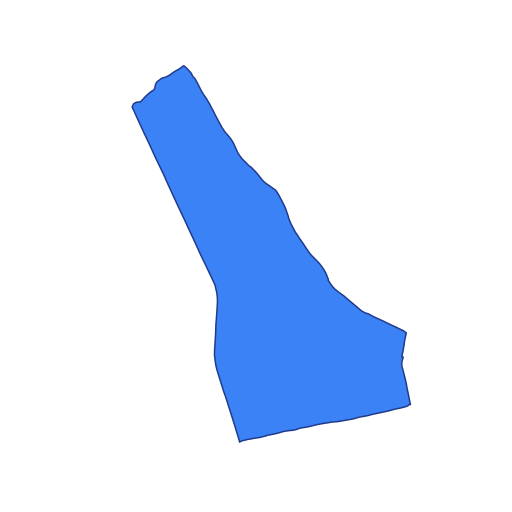 Huai Khwang, Bangkok Metropolis, Thailand (Equal Earth projection), rotated 333°
{"feature_id": "78962969B70795195201443", "entity_name": "Huai Khwang", "entity_type": "district", "adm_level": 2, "iso_a3": "THA", "parent_name": "Thailand", "parent_adm1": "Bangkok Metropolis", "projection": "equal_earth", "projection_center": [100.586, 13.772], "detail": "fine", "context": "isolated", "style": "filled", "palette": "blue", "viewbox_px": 512, "rotation_deg": 333, "n_neighbors": 0, "source": "geoboundaries", "source_scale": "gbopen_adm2", "svg_char_len": 5495}
<svg xmlns="http://www.w3.org/2000/svg" viewBox="0 0 512 512"><g transform="rotate(333 256 256)"><path d="M355.0,392.7L353.4,389.5L349.9,384.9L341.7,374.3L339.8,371.7L335.9,366.8L332.8,362.9L332.1,361.8L330.0,358.7L329.7,358.4L329.4,358.1L327.7,356.5L327.4,356.2L326.6,355.0L326.4,354.7L325.6,353.5L325.1,352.7L324.7,351.9L320.9,342.8L319.8,340.2L319.1,338.7L318.7,337.8L317.4,334.4L316.4,331.9L316.2,331.5L313.4,326.2L313.0,325.1L311.2,321.2L310.7,319.3L310.4,318.3L310.0,316.3L309.8,314.9L309.7,314.7L309.6,313.5L309.6,313.0L309.6,312.4L309.6,312.2L309.4,311.4L309.3,311.2L309.3,310.9L309.4,310.7L309.4,310.4L309.4,310.2L309.5,310.1L309.7,309.7L309.9,309.3L310.0,309.2L309.9,308.0L310.2,305.9L310.4,304.2L310.4,303.8L310.4,301.5L310.4,300.9L310.4,300.2L310.1,297.2L309.8,295.2L309.2,292.0L308.8,290.4L307.0,284.5L305.7,280.6L305.2,278.5L305.1,278.1L304.3,272.4L303.7,266.6L303.6,265.8L302.9,261.1L302.7,259.7L302.6,257.6L301.9,252.7L301.8,248.1L301.8,245.5L301.8,244.1L301.8,243.5L301.8,243.1L302.1,238.7L302.2,237.5L302.4,236.6L302.5,236.1L302.6,235.9L302.8,234.9L302.9,234.6L302.9,234.2L303.4,230.6L303.9,226.9L304.1,223.3L304.0,220.6L304.0,219.9L304.1,219.2L304.0,214.0L304.0,211.9L303.9,211.0L303.7,208.4L303.5,207.2L303.3,206.4L303.3,206.1L302.3,204.2L301.0,201.7L299.4,198.7L298.0,196.2L297.0,194.0L296.4,192.3L296.2,191.4L295.2,186.7L294.1,181.7L293.7,180.0L293.3,179.0L292.2,175.3L292.0,174.6L291.8,174.3L291.7,174.1L291.3,173.5L291.2,173.3L291.0,173.1L290.9,172.8L290.8,172.7L290.7,172.5L289.4,168.2L288.9,166.7L287.8,163.3L287.5,162.1L287.4,161.2L287.2,159.9L286.9,158.1L286.8,157.2L286.8,156.8L286.7,156.4L286.7,155.7L286.7,155.2L286.9,150.8L287.1,145.9L287.1,144.3L287.1,143.5L286.7,140.4L286.7,140.0L286.0,136.7L285.6,135.1L284.7,131.5L284.5,130.3L284.4,128.8L284.1,126.6L284.0,125.6L283.8,118.4L283.7,113.4L283.7,113.0L283.7,110.5L283.8,109.1L283.7,105.0L283.7,99.4L283.2,92.5L282.9,90.6L282.7,89.3L282.6,88.4L282.5,87.0L282.4,85.4L282.3,84.8L282.3,84.1L282.3,82.5L282.3,81.5L282.3,77.8L282.3,74.7L282.2,72.1L282.2,71.6L282.0,69.6L281.9,69.3L281.7,68.8L281.5,68.5L281.5,68.3L281.3,67.6L281.2,66.7L281.2,66.1L281.3,64.5L281.3,64.4L281.3,64.2L281.2,63.6L280.9,62.0L280.2,59.6L279.1,56.2L278.8,55.4L278.6,55.1L278.6,54.7L278.0,53.8L277.5,53.7L277.3,53.6L277.1,53.6L276.9,53.7L273.4,54.4L273.1,54.4L272.7,54.4L272.5,54.5L272.1,54.5L271.7,54.5L269.1,54.6L267.2,54.7L266.4,54.8L265.4,54.9L264.9,55.0L261.6,55.5L259.0,55.7L257.5,55.6L256.1,55.5L253.9,55.0L253.1,54.9L251.9,55.0L247.4,55.7L247.3,55.8L246.9,55.9L246.6,56.0L245.9,56.4L245.7,56.5L245.0,57.0L244.9,57.1L243.7,58.3L242.5,59.9L242.4,60.0L241.4,61.0L240.2,61.6L239.8,61.8L239.7,61.8L237.7,61.8L234.4,62.5L233.5,62.7L229.8,63.7L225.3,65.5L224.9,65.6L223.1,66.1L222.9,66.2L222.4,65.9L221.8,65.7L221.3,65.5L220.5,65.2L220.4,65.1L219.5,64.8L219.3,64.8L218.9,64.7L218.7,64.7L217.2,64.7L216.6,64.7L216.2,64.8L215.9,65.0L215.0,65.6L214.6,66.0L213.3,67.0L213.3,67.5L212.6,82.5L212.1,95.4L212.0,97.8L212.0,98.8L211.7,109.3L211.1,122.4L210.7,141.0L210.3,148.3L209.9,157.7L209.4,169.8L209.0,181.2L208.7,193.2L208.3,202.4L207.8,216.8L207.2,229.9L207.0,242.1L206.8,247.4L206.5,258.3L206.4,261.4L206.1,263.9L205.2,267.6L204.3,271.2L202.8,275.2L200.7,279.6L195.9,287.8L189.4,298.5L184.0,308.2L177.3,319.5L175.8,322.1L174.1,325.2L172.1,330.6L170.6,335.2L170.1,337.1L169.3,340.8L168.1,347.8L165.5,363.4L165.1,367.0L160.1,397.2L157.9,409.4L157.0,414.3L157.8,414.4L158.4,414.3L158.8,414.2L159.5,414.4L160.4,414.5L162.4,415.0L162.5,415.1L163.2,415.2L163.6,415.3L163.8,415.3L164.7,415.5L167.6,416.4L168.2,416.6L172.0,417.7L176.4,419.2L177.5,419.5L179.4,419.9L180.5,420.2L180.8,420.2L181.2,420.3L182.3,420.6L182.5,420.6L182.9,420.8L183.3,420.9L183.6,420.9L184.0,420.7L184.2,420.8L184.4,420.8L184.5,420.8L185.5,421.2L192.4,423.1L192.8,423.2L193.1,423.3L193.7,423.4L195.3,423.8L200.2,424.7L200.3,424.8L200.9,424.9L201.4,425.0L203.1,425.5L203.3,425.6L203.6,425.7L205.0,426.2L205.7,426.4L206.4,426.7L207.7,427.2L208.0,427.3L208.7,427.6L209.4,427.9L209.9,428.1L212.4,428.7L214.0,429.1L215.9,429.2L216.3,429.3L218.5,429.8L219.1,430.0L222.1,431.0L223.2,431.3L224.2,431.6L225.5,432.0L229.4,432.9L232.2,433.6L234.8,434.2L236.0,434.6L236.8,434.8L240.3,435.9L241.1,436.1L242.4,436.6L242.5,436.6L243.9,437.1L245.5,437.6L246.4,437.9L246.6,437.9L246.9,438.0L247.9,438.3L248.3,438.5L248.5,438.6L248.9,438.7L249.1,438.8L249.3,438.9L249.5,439.0L250.6,439.4L250.9,439.5L251.1,439.6L252.8,440.3L254.4,440.9L254.8,441.0L255.3,441.2L255.8,441.4L256.4,441.6L256.8,441.7L257.3,441.8L258.8,442.3L259.2,442.4L260.3,442.7L260.5,442.8L263.7,443.8L265.1,444.2L266.3,444.6L267.1,444.8L268.0,445.1L268.6,445.2L268.9,445.3L269.4,445.4L271.1,445.8L272.1,445.9L272.4,446.0L273.2,446.1L273.6,446.2L275.1,446.5L276.1,446.8L277.1,447.1L278.4,447.6L278.9,447.7L279.0,447.8L279.3,447.9L279.5,447.9L279.8,448.0L280.2,448.1L280.5,448.2L280.8,448.3L282.9,448.9L286.7,449.7L288.1,450.0L291.3,450.9L295.5,452.0L298.4,452.8L303.4,454.1L305.4,454.5L310.7,455.6L313.7,456.5L317.2,457.4L322.1,458.4L323.5,458.4L323.8,458.3L324.0,458.2L324.4,457.9L326.2,458.4L326.9,455.7L330.1,444.2L330.2,443.6L331.9,438.2L332.5,435.9L333.6,431.3L334.7,426.4L335.1,424.6L335.4,423.2L336.2,419.7L336.6,419.0L337.2,417.8L337.6,417.0L338.5,415.8L338.7,415.7L338.9,415.5L338.9,415.4L339.0,415.3L340.0,414.3L340.2,414.0L340.7,413.6L341.2,413.0L340.1,412.1L344.4,406.7L346.9,403.3L347.5,402.6L349.7,399.3L350.9,397.8L351.7,396.8L354.1,393.9L355.0,392.7Z" fill="#3b82f6" stroke="#1e3a8a" stroke-width="1.5"/></g></svg>